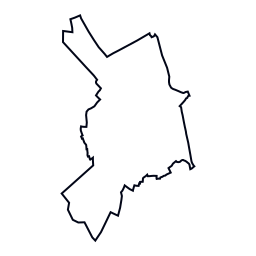 the district of Maiduguri, Borno, Nigeria
{"feature_id": "59680162B20780696540875", "entity_name": "Maiduguri", "entity_type": "district", "adm_level": 2, "iso_a3": "NGA", "parent_name": "Nigeria", "parent_adm1": "Borno", "projection": "robinson", "projection_center": [13.133, 11.834], "detail": "fine", "context": "isolated", "style": "outline", "palette": "ink", "viewbox_px": 256, "rotation_deg": 0, "n_neighbors": 0, "source": "geoboundaries", "source_scale": "gbopen_adm2", "svg_char_len": 2642}
<svg xmlns="http://www.w3.org/2000/svg" viewBox="0 0 256 256"><path d="M81.1,126.4L80.8,128.0L80.7,129.0L80.8,130.2L80.9,130.8L82.2,134.5L82.6,135.4L81.9,135.8L81.1,136.5L81.5,137.4L82.0,138.7L82.8,138.4L83.5,140.4L83.6,140.7L83.8,141.2L84.0,141.4L84.2,142.5L86.1,144.8L86.3,146.1L86.5,149.2L87.2,149.1L87.4,151.4L87.6,153.0L87.5,154.1L87.5,154.6L87.5,155.1L87.6,155.7L88.0,156.6L89.0,156.2L89.1,156.5L89.4,157.3L89.9,159.2L90.2,159.6L90.8,159.2L91.3,158.9L91.7,158.6L91.9,158.5L92.9,157.7L92.9,160.3L93.2,165.4L66.9,188.9L61.7,193.5L69.1,202.8L67.9,209.7L72.8,219.8L78.3,222.5L84.5,222.3L92.3,237.4L95.3,240.6L98.5,235.8L101.0,232.1L105.8,222.2L110.6,212.2L118.0,215.7L120.1,207.8L121.4,199.9L121.9,196.0L121.0,192.3L122.3,190.8L122.9,189.7L123.7,188.0L124.2,186.8L124.7,185.4L126.7,186.9L129.7,189.1L132.9,190.7L133.1,189.7L133.8,187.2L134.4,185.3L136.0,185.7L137.1,185.8L138.6,185.9L139.2,183.4L140.0,183.6L140.1,183.2L140.1,181.9L140.9,181.8L142.3,181.8L142.7,181.8L142.8,181.1L142.9,179.7L142.9,178.8L143.3,177.8L146.0,175.9L147.2,174.7L147.8,176.2L150.1,176.1L151.9,175.9L153.8,175.8L156.6,175.9L156.5,178.1L156.7,178.9L157.9,178.7L158.5,178.7L160.0,178.7L160.4,177.5L161.5,177.0L162.4,176.8L163.6,175.9L165.4,175.5L166.4,174.6L168.1,173.8L170.7,172.6L169.9,170.9L168.5,168.1L170.4,166.7L171.6,165.9L173.0,163.6L176.0,161.1L177.0,162.0L178.1,162.1L178.7,162.1L179.8,161.9L181.5,160.4L182.5,160.0L183.2,160.0L184.1,160.5L185.3,160.9L186.5,161.7L187.8,162.8L188.7,163.5L189.4,164.4L190.3,169.2L191.6,168.6L192.9,167.5L194.3,166.3L193.7,165.7L192.6,163.9L191.9,162.6L191.4,160.9L190.4,155.0L189.0,147.2L188.2,142.6L186.2,133.9L185.9,131.6L185.1,127.9L185.0,127.6L184.4,124.6L183.8,121.6L182.6,115.2L181.8,111.9L181.2,107.9L181.1,107.2L179.7,106.1L183.4,102.1L185.1,100.1L185.6,99.2L186.2,98.3L186.9,98.1L187.3,97.8L187.8,96.5L188.4,95.9L189.5,95.7L188.7,93.9L187.8,91.6L187.2,91.7L185.7,92.0L183.9,92.9L183.2,93.0L180.9,92.2L178.7,91.2L175.1,89.7L173.1,89.0L171.5,88.0L171.0,87.5L169.4,84.5L169.0,82.1L169.0,80.2L169.3,76.7L167.1,67.8L162.1,55.4L157.4,37.2L155.0,34.4L154.3,35.8L153.6,36.4L153.0,36.7L151.6,37.2L151.2,36.2L150.0,35.2L149.5,33.3L137.2,40.5L117.8,50.9L113.3,53.2L107.0,56.9L104.8,54.1L98.7,47.2L93.9,40.0L88.6,31.6L81.1,18.4L80.1,15.4L74.7,17.7L70.4,19.2L71.4,23.7L72.2,27.9L72.4,32.2L63.1,31.0L63.0,42.1L85.5,66.6L93.8,75.5L97.1,79.8L96.4,80.7L96.0,81.7L96.0,82.6L96.4,83.6L100.9,88.3L99.9,90.2L98.4,91.7L96.0,95.4L97.6,97.1L100.1,99.5L97.2,102.4L94.4,106.3L90.9,108.4L88.5,109.4L86.6,111.6L86.1,115.1L86.8,122.5L86.4,126.9L86.2,126.9L83.5,126.8L81.8,126.6L81.1,126.4Z" fill="none" stroke="#020617" stroke-width="2"/></svg>